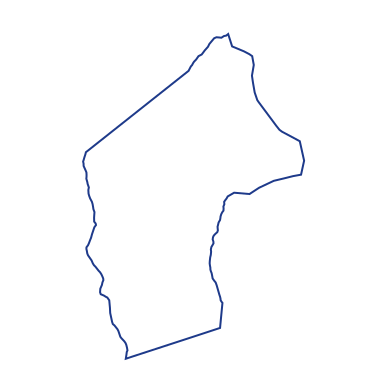 Tamboril do Piauí, Piauí, Brazil (Albers equal-area conic projection), rotated 344°
{"feature_id": "56859067B55913234108674", "entity_name": "Tamboril do Piauí", "entity_type": "district", "adm_level": 2, "iso_a3": "BRA", "parent_name": "Brazil", "parent_adm1": "Piauí", "projection": "albers", "projection_center": [-43.099, -8.486], "detail": "fine", "context": "isolated", "style": "outline", "palette": "blue", "viewbox_px": 384, "rotation_deg": 344, "n_neighbors": 0, "source": "geoboundaries", "source_scale": "gbopen_adm2", "svg_char_len": 2256}
<svg xmlns="http://www.w3.org/2000/svg" viewBox="0 0 384 384"><g transform="rotate(344 192 192)"><path d="M270.3,50.1L268.0,51.1L265.7,50.9L262.8,51.8L260.3,50.8L258.2,50.0L255.7,50.3L251.7,53.0L249.5,54.5L247.4,56.8L243.3,59.4L241.1,61.1L239.2,62.5L235.7,63.2L232.5,65.8L229.9,67.3L228.5,68.5L227.1,70.0L225.5,71.0L223.7,72.9L222.1,74.6L101.0,124.5L99.9,126.4L98.0,129.2L96.7,131.3L95.7,132.8L95.6,134.8L95.0,137.1L95.7,142.1L95.9,144.1L95.4,146.3L94.8,148.3L94.1,150.1L94.1,153.6L93.9,155.5L94.1,159.2L92.9,161.5L92.1,165.1L92.1,167.6L92.3,170.1L93.1,173.9L93.1,176.3L92.8,179.1L92.5,181.3L92.7,184.4L90.8,189.7L89.8,193.5L90.7,195.7L90.6,197.3L88.4,199.0L84.2,205.1L82.4,208.1L80.6,210.4L78.9,212.7L77.4,214.5L75.3,216.1L74.8,217.6L74.7,219.4L74.4,222.3L74.6,224.2L76.6,230.1L77.0,233.3L77.6,235.4L78.6,237.2L80.5,241.9L81.5,243.8L82.2,246.1L82.6,248.6L82.8,250.7L82.5,252.3L81.0,254.2L79.8,256.5L78.5,258.1L77.2,259.7L76.0,263.0L76.1,265.1L78.7,267.2L80.4,269.1L81.5,270.1L82.6,273.3L81.2,280.7L80.0,285.8L79.4,294.7L79.5,297.1L80.7,298.9L82.5,303.3L82.9,305.2L83.0,307.0L83.2,311.4L83.8,313.0L85.8,316.9L86.5,319.0L86.7,320.9L86.6,323.8L86.3,326.5L85.2,327.8L84.0,330.6L82.4,334.0L146.9,331.7L160.4,331.2L181.5,330.4L190.7,307.0L190.1,305.5L189.7,303.9L190.0,302.3L190.1,300.5L190.0,298.3L190.0,296.4L190.0,294.0L190.0,291.1L190.0,288.5L189.8,285.5L188.9,283.4L188.0,280.8L188.3,277.9L188.5,275.4L188.3,273.4L188.3,271.7L188.8,269.7L189.0,267.5L189.3,265.5L190.1,263.2L190.8,261.5L191.5,259.8L192.7,257.7L193.9,254.7L194.3,252.4L195.5,250.2L197.2,248.6L198.5,247.3L198.9,245.5L198.8,243.3L199.7,241.3L200.9,239.9L202.9,238.7L205.2,237.6L206.3,236.0L206.6,234.3L207.0,232.4L207.9,230.9L209.2,228.6L211.2,226.7L212.0,225.1L212.7,223.4L214.0,221.4L215.5,219.8L217.1,218.6L217.8,216.6L218.2,214.6L219.7,212.7L220.2,210.3L221.5,209.2L223.4,207.8L225.1,206.1L232.3,204.3L246.7,209.8L257.7,206.4L273.7,203.8L284.6,204.3L293.5,204.6L301.6,205.4L308.4,192.8L309.6,172.9L295.2,158.9L293.2,156.3L291.3,151.7L290.1,148.5L287.2,140.8L284.1,132.6L280.9,124.1L280.1,121.7L279.7,113.6L280.7,104.2L281.0,101.8L281.3,99.7L281.7,96.7L285.3,89.2L286.4,86.9L287.3,78.0L285.1,75.3L280.7,71.1L270.7,63.1L270.3,50.1Z" fill="none" stroke="#1e3a8a" stroke-width="2"/></g></svg>